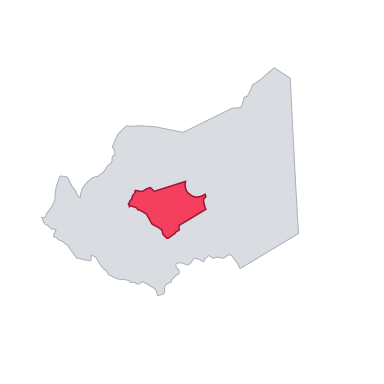 location of Batha within Chad, rotated 59°
{"feature_id": "TCD-1472", "entity_name": "Batha", "entity_type": "Prefecture", "adm_level": 1, "iso_a3": "TCD", "parent_name": "Chad", "parent_adm1": "", "projection": "mercator", "projection_center": [18.213, 14.169], "detail": "fine", "context": "in_parent", "style": "filled", "palette": "rose", "viewbox_px": 384, "rotation_deg": 59, "n_neighbors": 0, "source": "natural_earth", "source_scale": "10m", "svg_char_len": 5500}
<svg xmlns="http://www.w3.org/2000/svg" viewBox="0 0 384 384"><g transform="rotate(59 192 192)"><path d="M282.4,122.1L282.4,130.2L282.4,138.3L282.4,146.4L282.4,154.4L282.4,162.4L282.4,170.5L282.4,178.4L282.4,186.4L282.4,189.1L282.2,190.1L282.1,190.3L281.8,190.4L277.7,189.7L275.9,189.7L273.4,190.2L269.7,190.5L267.4,190.4L265.7,191.8L264.4,193.5L265.0,197.4L264.9,198.7L264.4,200.1L263.3,201.2L262.2,202.2L261.5,203.0L260.7,204.8L260.0,205.6L260.1,206.7L259.9,207.9L259.2,208.5L257.5,208.9L256.4,209.5L255.5,210.3L254.9,210.9L255.2,211.8L255.7,212.9L255.9,214.6L256.1,215.7L256.9,216.5L257.5,217.1L257.6,217.8L257.1,218.4L255.1,219.7L254.2,220.2L253.3,220.8L252.9,221.1L251.4,222.3L250.6,223.3L250.2,224.2L250.2,225.5L251.0,227.3L251.9,228.9L252.2,230.0L252.4,231.3L252.3,232.5L251.9,233.6L251.1,234.6L248.2,236.4L246.8,238.3L245.7,240.7L245.4,242.0L245.7,242.9L246.3,243.6L247.2,244.0L248.4,244.1L250.5,243.7L252.4,243.5L254.4,244.3L255.5,246.3L255.1,247.8L255.9,250.5L256.5,253.7L256.5,254.7L256.8,255.1L258.1,255.4L258.4,256.1L257.9,261.7L258.5,263.3L259.4,264.4L260.4,265.0L261.3,265.8L261.8,266.3L263.0,266.4L264.2,267.4L264.6,268.8L264.5,270.1L263.7,272.9L263.2,274.9L262.4,274.7L260.9,274.3L259.1,273.8L256.9,273.5L254.7,274.3L252.4,275.3L251.7,276.1L251.1,276.5L250.1,276.4L249.1,276.6L248.6,277.3L247.8,278.1L244.5,279.7L243.8,280.3L243.3,280.9L243.3,281.5L243.7,282.9L243.7,284.5L242.9,285.9L242.1,286.8L241.1,287.1L240.3,287.3L239.7,287.9L238.0,290.9L237.3,291.5L235.7,291.4L231.4,295.9L230.9,297.3L229.3,299.2L227.3,301.3L225.5,302.3L225.4,302.7L224.9,303.1L223.8,303.5L219.9,306.1L215.3,306.0L213.2,307.0L211.3,307.5L208.4,308.0L207.5,307.9L203.8,308.1L199.4,308.0L197.7,308.4L196.1,309.4L195.0,310.2L194.8,310.5L195.0,310.9L194.9,311.2L198.0,313.3L198.7,314.3L198.0,315.3L197.6,315.4L197.6,315.5L197.1,316.3L195.3,318.7L192.5,321.5L191.1,322.3L190.6,322.8L189.9,324.6L189.4,324.9L187.5,325.1L183.8,325.3L178.7,325.9L175.6,326.1L173.7,326.0L171.0,327.2L170.0,327.6L169.4,327.7L166.8,328.9L164.6,330.8L163.8,331.2L160.7,332.0L159.4,333.4L158.8,333.5L156.8,331.7L155.5,330.1L154.8,328.5L154.7,328.0L154.4,328.1L153.3,328.8L152.3,329.6L151.9,331.2L148.7,332.2L145.9,333.1L144.6,334.2L142.7,334.8L140.2,334.5L138.3,334.1L136.4,333.9L137.3,332.5L137.7,331.5L137.8,330.2L137.6,329.4L136.5,328.9L135.8,328.3L134.2,324.2L132.5,320.1L130.2,316.0L127.7,313.4L125.8,311.8L125.2,311.6L124.3,311.1L123.6,310.7L120.2,307.9L116.7,304.8L115.8,303.4L114.1,301.3L112.1,299.1L111.1,298.1L110.6,296.3L112.0,294.7L113.4,292.6L115.2,291.3L117.5,291.2L121.3,291.7L125.4,291.9L129.4,291.5L130.5,291.2L131.5,291.2L133.7,291.7L137.5,291.6L139.4,290.8L137.3,289.4L135.1,287.1L132.9,284.7L131.7,282.5L130.5,279.6L129.4,276.1L128.7,271.5L128.8,268.9L129.2,267.0L130.3,264.0L129.5,262.2L129.7,260.8L129.6,258.6L129.2,257.6L127.8,254.0L127.5,253.6L126.2,251.2L125.6,247.1L124.1,244.4L121.7,243.1L120.4,241.5L119.9,238.7L119.0,238.0L115.2,237.0L112.1,237.0L109.9,233.8L107.0,229.7L104.3,225.9L102.5,218.3L101.6,213.9L102.7,212.6L104.9,209.5L107.7,203.6L114.1,194.3L117.4,189.6L123.9,182.5L131.8,173.8L136.3,168.9L137.1,159.9L137.8,150.4L138.4,143.1L139.2,134.6L139.8,127.4L140.2,122.1L140.8,114.7L141.4,113.2L144.5,107.4L144.7,106.6L144.2,105.6L139.7,100.6L138.3,99.5L137.5,96.9L138.6,95.4L133.2,87.0L131.9,86.0L131.3,84.9L131.3,83.4L131.2,77.6L129.7,68.4L127.8,57.6L134.2,54.5L139.0,52.2L145.1,49.2L150.8,52.3L159.0,56.7L167.2,61.1L175.5,65.5L183.7,69.9L191.9,74.3L200.1,78.7L208.4,83.0L216.6,87.4L224.8,91.8L233.0,96.1L241.3,100.5L249.5,104.8L257.7,109.1L265.9,113.5L274.2,117.8L282.4,122.1Z" fill="#d9dde1" stroke="#a8b0b8" stroke-width="1"/><path d="M164.8,235.8L165.9,234.2L166.0,233.9L166.0,233.6L165.9,229.5L165.9,229.3L166.5,226.1L166.5,225.8L166.6,225.6L166.8,225.5L172.0,223.9L179.6,192.0L181.2,193.5L183.3,194.8L184.4,195.3L188.0,196.1L189.4,196.1L189.9,196.0L193.3,194.9L195.0,194.1L195.8,193.7L197.7,192.0L198.6,190.9L199.1,189.9L200.4,186.2L200.5,186.0L200.6,183.8L200.6,182.0L200.6,181.9L200.8,181.9L201.0,181.9L201.2,182.2L201.3,182.3L201.5,182.3L201.8,182.2L202.0,182.2L202.8,182.4L202.9,182.5L203.0,182.6L203.2,182.8L203.3,182.9L203.4,183.0L203.5,183.4L203.7,185.0L203.8,185.2L203.9,185.4L204.1,185.7L206.4,187.2L206.7,187.3L208.0,187.5L210.1,188.2L210.8,188.5L211.7,188.7L214.0,189.0L214.0,217.9L214.0,220.5L217.9,222.5L218.1,222.6L218.0,226.5L218.1,226.9L218.3,227.3L218.9,228.3L218.9,231.2L219.3,234.4L219.3,236.3L219.2,236.5L218.6,237.4L218.5,237.6L218.4,237.6L213.8,238.6L213.7,238.7L213.9,238.9L209.0,237.4L205.0,239.2L199.8,242.3L198.8,242.7L198.5,242.8L198.3,242.8L187.8,242.4L187.5,242.4L187.2,242.5L181.0,245.9L180.5,246.3L179.7,247.3L179.5,247.5L179.3,247.5L177.3,247.7L177.0,247.8L176.7,247.9L172.2,251.8L171.9,252.3L172.2,253.2L171.9,253.1L171.7,252.9L171.1,252.8L170.9,252.8L170.8,252.7L170.7,252.6L170.4,252.6L170.2,252.7L169.8,252.7L169.6,252.6L169.4,252.6L169.1,252.3L169.1,252.2L169.1,251.6L169.1,251.4L168.9,251.1L168.7,251.0L168.7,250.9L168.6,250.6L168.5,250.4L168.4,250.4L168.0,250.2L167.9,250.2L167.5,249.7L167.4,249.5L167.0,247.3L167.0,247.0L167.0,246.9L166.8,246.7L166.7,246.6L166.3,246.6L166.2,246.6L165.9,246.5L165.9,246.4L165.7,246.2L165.4,245.8L165.3,245.4L165.2,245.3L165.1,245.2L164.9,245.1L164.7,245.0L164.6,244.9L164.5,244.7L164.3,244.1L164.0,242.9L163.9,242.8L163.2,241.3L163.1,241.2L162.6,240.8L162.2,240.5L161.6,240.1L161.5,239.9L161.5,239.7L162.0,238.9L163.5,237.4L163.8,237.2L164.1,236.9L164.8,235.8Z" fill="#f43f5e" stroke="#9f1239" stroke-width="1.5"/></g></svg>